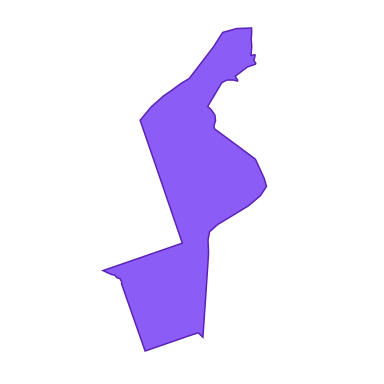 Al Dibab, South Kordufan, Sudan, rotated 71°
{"feature_id": "16777658B84287593257313", "entity_name": "Al Dibab", "entity_type": "district", "adm_level": 2, "iso_a3": "SDN", "parent_name": "Sudan", "parent_adm1": "South Kordufan", "projection": "orthographic", "projection_center": [28.672, 10.319], "detail": "fine", "context": "isolated", "style": "filled", "palette": "violet", "viewbox_px": 384, "rotation_deg": 71, "n_neighbors": 0, "source": "geoboundaries", "source_scale": "gbopen_adm2", "svg_char_len": 1205}
<svg xmlns="http://www.w3.org/2000/svg" viewBox="0 0 384 384"><g transform="rotate(71 192 192)"><path d="M83.8,157.7L85.9,167.6L89.3,178.3L91.8,187.4L98.2,202.8L107.3,217.7L130.4,217.7L157.1,217.7L170.6,217.7L229.6,217.8L237.2,217.8L237.2,220.0L237.3,293.4L237.3,299.9L237.3,301.7L238.8,300.2L240.8,298.2L241.2,297.7L243.5,295.3L244.4,293.9L245.0,293.2L245.4,292.3L245.8,291.8L247.0,291.5L247.7,291.4L248.9,290.6L249.8,289.2L250.4,288.3L251.1,288.1L251.6,288.3L252.3,288.1L253.1,287.8L253.7,287.7L254.4,287.8L255.2,288.3L255.8,288.5L256.8,288.5L275.5,288.4L327.1,288.1L327.0,245.3L326.9,243.7L327.0,243.3L327.1,232.4L327.1,232.0L327.3,231.9L332.9,229.0L292.3,211.8L255.4,196.3L242.4,192.4L235.3,188.3L231.1,178.3L223.4,143.0L217.7,128.4L210.9,119.7L202.6,119.3L181.6,121.4L177.0,124.5L164.7,132.9L139.7,150.1L137.0,150.0L132.2,146.5L126.7,145.3L120.6,147.0L116.2,149.3L98.4,128.3L97.5,122.6L99.1,118.0L99.8,116.0L101.9,113.1L101.2,112.4L96.6,113.4L91.8,98.9L91.8,90.4L91.0,89.8L87.3,90.8L86.7,89.9L83.1,87.7L82.6,88.1L82.4,89.4L82.3,91.5L81.7,91.9L80.9,91.2L73.8,88.1L66.6,86.2L59.9,83.4L56.3,82.3L52.0,96.6L51.1,111.0L61.8,124.5L83.8,157.7Z" fill="#8b5cf6" stroke="#5b21b6" stroke-width="1.5"/></g></svg>